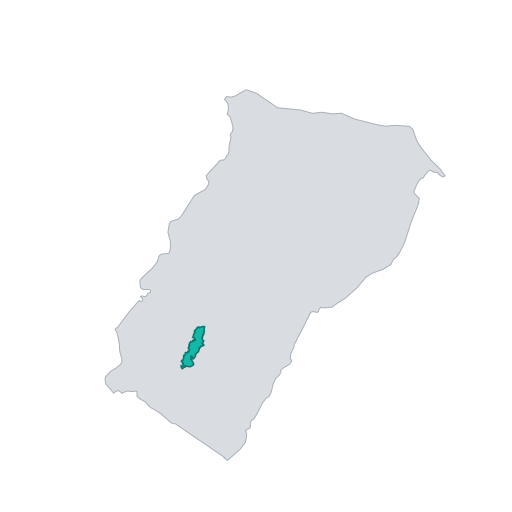 Kumbungu, Northern, Ghana shown in context, rotated 215°
{"feature_id": "2480657B99246651758289", "entity_name": "Kumbungu", "entity_type": "district", "adm_level": 2, "iso_a3": "GHA", "parent_name": "Ghana", "parent_adm1": "Northern", "projection": "natural_earth1", "projection_center": [-1.057, 9.798], "detail": "fine", "context": "in_parent", "style": "filled", "palette": "teal", "viewbox_px": 512, "rotation_deg": 215, "n_neighbors": 0, "source": "geoboundaries", "source_scale": "gbopen_adm2", "svg_char_len": 7430}
<svg xmlns="http://www.w3.org/2000/svg" viewBox="0 0 512 512"><g transform="rotate(215 256 256)"><path d="M305.9,65.1L309.2,68.8L310.0,70.8L308.8,78.7L306.3,84.2L304.8,89.4L305.0,91.9L306.5,94.5L311.6,98.6L314.2,101.2L317.2,105.2L320.8,109.1L326.8,114.1L329.3,115.0L329.2,116.5L328.4,118.4L327.9,137.3L327.4,142.2L327.0,144.6L326.4,151.7L325.8,152.7L324.6,152.6L323.6,152.9L323.3,154.3L323.8,155.7L327.4,156.7L326.6,157.8L323.9,158.8L322.7,160.9L323.2,163.3L321.7,165.3L322.1,166.6L323.1,167.5L324.6,167.2L328.9,163.9L330.7,163.6L332.9,164.2L337.0,169.2L337.1,171.6L335.5,179.9L333.9,186.4L333.6,194.9L335.3,199.7L335.1,202.3L333.2,204.6L329.0,207.9L329.3,210.2L331.3,214.4L334.8,219.1L341.7,224.9L345.4,232.4L345.5,235.5L343.4,238.6L340.9,241.2L340.1,245.1L341.2,270.4L335.7,281.4L335.7,284.5L336.2,288.1L337.7,290.3L340.5,290.9L342.8,293.1L342.0,300.8L340.8,308.6L340.6,312.4L339.9,314.3L337.8,315.7L337.0,318.2L337.5,321.3L337.1,323.5L338.3,326.5L340.8,330.1L344.8,339.2L346.3,339.9L347.0,341.8L346.6,343.6L348.2,347.7L352.6,351.7L357.3,355.2L361.1,355.7L362.0,358.8L364.5,362.8L366.3,364.5L369.2,365.7L371.6,366.3L371.7,369.6L367.4,372.0L364.6,375.4L362.4,380.7L359.3,386.6L348.8,389.6L344.8,389.6L323.3,389.8L303.1,401.2L291.5,405.3L284.3,411.7L274.7,416.3L268.0,421.9L254.1,424.6L231.2,433.3L224.1,436.8L216.9,442.9L205.1,450.0L200.5,449.9L191.3,443.2L184.3,439.9L167.4,434.8L154.8,432.8L148.7,430.6L147.0,430.2L148.4,427.8L151.9,427.7L155.6,428.4L158.4,426.6L162.6,426.3L163.6,424.4L164.0,419.6L163.9,415.7L165.4,414.0L165.8,409.4L163.7,399.3L162.3,398.1L154.9,396.7L154.4,394.7L153.1,392.5L151.7,387.3L150.1,379.5L147.5,369.9L142.5,354.0L141.3,348.4L140.5,342.6L140.3,335.8L141.3,333.2L141.2,329.7L140.7,326.2L144.2,318.1L151.1,308.2L152.5,304.6L153.8,302.1L154.0,298.5L155.2,287.0L158.5,273.0L160.6,267.7L162.0,264.9L163.6,260.2L164.1,258.1L170.4,252.6L173.3,251.1L173.9,248.9L173.0,246.6L173.4,245.0L174.9,244.2L177.2,243.5L178.9,241.3L176.3,224.1L174.1,206.9L174.0,205.4L172.7,203.1L171.5,196.0L169.4,191.8L166.4,190.6L166.4,186.7L169.4,180.1L170.2,176.2L168.8,175.1L168.6,172.0L169.6,167.2L169.1,164.2L168.6,161.0L165.5,153.5L164.7,148.1L166.3,145.0L166.3,138.2L164.6,127.7L164.3,121.1L165.5,118.3L164.9,115.7L162.7,113.2L162.5,110.7L164.4,108.4L164.2,106.5L161.8,105.2L159.7,101.9L157.8,96.8L158.2,88.6L161.8,73.5L162.2,72.2L166.3,72.3L166.3,72.9L178.9,72.8L193.4,72.6L210.6,72.4L226.3,72.3L226.9,71.6L229.5,70.7L245.3,72.3L255.2,71.5L259.4,72.0L262.5,73.0L269.3,72.4L273.0,72.8L275.7,76.6L276.9,76.5L278.4,74.9L281.1,73.1L283.9,71.7L285.9,68.7L287.1,66.5L288.9,66.9L291.5,66.8L293.2,64.9L293.9,62.0L305.9,65.1Z" fill="#d9dde1" stroke="#a8b0b8" stroke-width="1"/><path d="M248.4,145.5L248.5,145.6L248.8,145.8L248.8,146.0L249.0,146.2L248.9,146.9L249.0,147.0L249.3,147.4L249.2,148.4L249.3,148.5L249.5,148.5L249.3,148.7L249.4,149.0L249.2,149.3L249.1,149.5L249.4,150.0L249.5,150.1L249.1,150.5L249.1,150.9L248.6,151.2L248.3,151.4L248.0,151.9L248.0,152.1L247.8,152.4L247.5,153.0L248.0,153.3L248.2,153.2L248.4,152.8L248.6,152.8L249.0,153.0L249.2,153.3L249.9,153.6L249.8,153.8L249.7,154.0L249.8,154.0L249.7,154.1L249.8,154.2L249.7,154.3L249.8,154.5L249.7,154.6L249.8,154.8L249.9,155.1L250.0,155.3L250.0,155.5L250.1,155.8L250.0,156.1L250.2,156.3L250.2,156.6L250.3,156.6L251.1,156.5L251.7,156.6L251.9,156.7L252.0,157.0L252.4,156.9L252.7,157.2L252.8,157.5L253.0,157.6L253.7,158.2L253.6,158.3L253.2,158.5L253.5,158.8L253.6,159.2L253.5,159.4L253.6,159.9L253.9,159.9L254.1,160.2L254.1,160.6L253.8,161.2L253.9,161.5L254.2,161.5L253.9,161.9L253.9,162.0L254.0,162.2L254.6,162.4L254.5,163.0L255.0,163.5L255.0,163.9L254.8,164.2L255.1,164.3L255.4,164.3L255.7,164.7L255.8,165.7L256.1,166.1L256.3,166.3L256.5,166.6L256.9,166.8L257.1,167.1L257.1,167.7L257.5,168.5L257.6,168.3L257.5,168.1L257.8,168.0L258.3,167.9L259.1,168.0L259.6,167.1L259.7,166.8L260.0,166.6L260.3,165.9L260.4,165.7L260.6,165.5L260.9,165.6L260.9,165.2L261.2,165.0L261.4,165.0L261.4,164.9L261.7,164.9L261.8,165.1L262.0,165.1L262.0,164.9L261.9,164.9L262.0,164.6L262.3,164.3L262.8,164.3L263.1,163.9L262.8,163.3L263.3,162.6L263.2,162.2L262.8,161.9L263.0,161.2L263.2,160.7L263.1,160.4L263.3,160.3L263.5,159.8L263.5,159.4L263.5,159.1L263.3,158.9L262.8,158.6L262.5,158.5L262.3,158.6L262.2,158.6L262.2,158.4L262.4,158.2L262.5,158.0L262.3,157.7L262.2,156.9L262.0,156.7L262.2,156.4L262.1,156.0L262.1,155.7L261.8,155.3L261.7,155.1L261.5,154.7L261.4,154.4L261.3,154.2L261.2,154.1L261.3,154.0L261.2,153.9L261.2,153.7L261.1,153.2L261.0,153.3L260.9,153.3L260.8,153.2L260.6,153.3L260.4,153.4L260.2,153.3L259.8,153.3L259.6,153.4L259.3,153.4L259.2,153.3L259.1,153.2L258.7,153.0L258.4,153.0L258.4,152.8L258.1,152.7L257.9,152.6L257.7,152.6L257.4,152.3L257.4,152.2L257.7,152.0L257.9,151.5L258.0,151.3L258.4,151.3L258.8,151.6L259.1,151.4L259.3,151.1L259.3,150.7L258.6,150.3L258.5,150.2L258.7,149.7L259.1,149.7L259.3,149.6L259.5,149.3L259.6,148.9L259.7,148.7L259.8,148.6L260.3,148.7L260.5,148.1L260.3,147.8L260.3,147.4L260.6,146.9L260.6,146.7L260.2,146.2L260.0,144.7L259.9,144.6L259.6,144.9L259.3,145.0L259.1,144.8L258.9,144.5L258.7,143.8L258.7,143.6L258.9,143.3L259.0,143.0L258.9,142.8L258.9,142.2L258.8,141.9L258.5,141.6L258.4,141.5L258.1,141.4L257.8,141.7L257.7,141.7L257.5,141.3L257.2,141.3L257.4,141.2L257.2,141.3L257.0,141.2L257.3,141.2L257.0,141.2L256.9,141.0L256.9,140.8L256.7,140.6L256.4,140.4L256.1,139.4L256.0,139.0L256.1,138.9L256.4,139.2L256.6,139.4L257.0,139.3L257.2,139.1L257.2,138.9L256.8,138.1L256.6,138.0L256.5,137.8L256.5,137.7L256.8,137.5L257.1,137.2L257.5,137.1L257.9,136.7L258.4,136.5L258.5,136.3L258.4,136.1L258.0,136.1L257.9,136.2L257.9,135.7L257.8,135.4L257.4,135.1L257.3,134.9L257.4,134.5L257.6,134.2L258.0,133.9L258.1,133.6L257.9,133.2L258.1,133.0L258.1,132.6L257.8,132.3L257.3,132.1L257.3,131.6L257.2,131.4L256.9,131.3L256.9,131.2L257.1,131.3L256.8,131.0L256.7,130.2L256.1,129.1L256.1,128.6L256.2,128.2L256.2,128.3L256.4,128.1L256.7,128.1L256.9,128.0L256.9,127.4L256.8,127.1L256.6,126.8L256.4,126.6L255.8,126.8L255.1,126.7L254.8,126.5L254.2,126.5L253.8,126.3L253.8,126.2L254.2,126.0L254.3,125.9L254.2,125.4L252.8,125.3L252.6,125.0L252.6,124.5L252.8,123.7L253.0,123.5L253.3,123.2L254.1,123.3L254.4,123.2L253.9,122.7L253.8,122.3L253.7,122.2L253.2,121.9L252.7,121.7L252.4,121.6L252.1,121.4L251.9,121.5L251.7,121.4L251.0,123.6L250.8,124.1L250.6,124.2L250.9,124.4L251.1,124.8L251.0,125.4L250.9,125.7L250.6,125.9L250.4,125.8L250.2,125.7L248.9,126.2L246.5,127.4L245.6,128.9L244.9,130.6L245.2,130.8L245.1,131.1L244.9,131.2L245.0,131.4L245.2,131.9L245.6,132.3L246.6,132.4L246.9,132.7L246.9,132.9L247.2,133.0L247.5,133.2L247.9,133.2L248.1,133.2L248.2,133.4L248.3,133.4L248.5,133.6L248.9,133.8L249.0,133.9L249.3,134.1L249.8,134.0L250.1,134.0L250.1,134.4L250.2,134.6L250.3,134.7L250.4,134.9L250.7,135.0L250.8,135.1L251.0,135.2L251.0,135.5L251.4,136.0L251.5,136.3L251.6,136.7L251.8,136.9L251.8,137.0L251.2,137.2L250.9,137.0L250.6,136.8L250.4,136.7L250.2,136.5L249.8,136.3L249.8,136.2L249.6,136.1L249.4,135.9L249.0,135.6L248.8,135.6L248.6,135.8L248.2,135.8L248.1,136.5L248.3,137.4L248.0,138.9L248.1,139.2L248.3,139.3L248.5,140.0L248.9,140.3L248.9,140.6L249.0,140.6L249.0,140.8L249.1,141.0L249.1,141.4L249.1,141.6L249.1,141.9L249.0,142.1L248.9,142.2L248.8,142.4L248.9,142.6L248.8,142.8L248.7,142.9L248.7,143.1L248.5,143.3L248.4,143.6L248.6,143.8L248.6,144.0L248.4,144.4L248.4,144.8L248.5,145.0L248.4,145.2L248.4,145.5Z" fill="#14b8a6" stroke="#0f766e" stroke-width="1.5"/></g></svg>